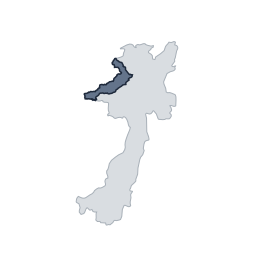 location of Xaignabouri within Laos, rotated 52°
{"feature_id": "LAO-3278", "entity_name": "Xaignabouri", "entity_type": "Province", "adm_level": 1, "iso_a3": "LAO", "parent_name": "Laos", "parent_adm1": "", "projection": "natural_earth1", "projection_center": [101.237, 18.696], "detail": "fine", "context": "in_parent", "style": "filled", "palette": "slate", "viewbox_px": 256, "rotation_deg": 52, "n_neighbors": 0, "source": "natural_earth", "source_scale": "10m", "svg_char_len": 7108}
<svg xmlns="http://www.w3.org/2000/svg" viewBox="0 0 256 256"><g transform="rotate(52 128 128)"><path d="M96.2,40.2L97.2,42.2L101.8,47.6L102.6,49.1L104.3,50.2L105.7,55.0L106.3,55.3L107.1,55.0L107.7,54.3L108.1,52.5L108.4,52.3L109.0,53.8L110.3,54.3L110.8,54.9L111.0,56.1L110.8,57.3L109.7,60.0L109.1,63.7L113.6,71.6L115.5,72.6L120.0,73.9L123.1,75.7L124.5,75.2L125.8,73.3L127.4,72.2L130.4,70.5L131.3,70.4L133.0,71.1L135.7,73.1L139.9,76.7L139.8,77.7L139.0,78.7L136.8,80.1L136.1,81.1L136.5,81.4L138.4,81.6L140.6,82.5L141.2,83.4L141.6,85.6L142.0,86.0L144.0,85.8L144.6,86.1L145.4,86.8L146.1,88.6L146.1,90.0L144.1,92.4L143.9,93.8L142.8,95.5L140.1,98.4L139.4,98.6L134.3,97.0L130.2,97.2L129.9,97.8L130.6,99.5L130.8,101.2L130.1,102.6L127.8,104.2L127.7,105.0L128.2,105.8L131.6,107.3L142.5,115.5L147.4,117.1L149.6,118.2L150.2,118.8L150.1,119.5L149.6,120.4L149.1,122.0L149.1,123.0L149.6,123.9L150.5,125.3L153.5,128.5L155.8,129.2L158.1,132.8L158.8,135.9L160.0,138.0L165.7,144.8L170.4,148.9L173.2,153.4L174.6,154.5L175.0,156.1L175.4,160.8L177.1,163.2L177.4,164.2L178.1,164.9L178.9,165.0L180.6,163.5L180.9,163.7L181.7,166.2L182.3,167.1L184.8,168.6L187.5,171.7L188.9,172.8L190.7,173.6L191.0,174.6L190.7,175.6L190.1,176.2L187.1,177.9L186.6,178.7L188.7,182.6L193.8,187.3L195.5,190.2L195.1,191.6L193.7,194.4L192.7,195.1L192.4,196.0L193.2,198.3L193.2,201.8L192.2,202.6L191.3,204.7L190.7,204.9L189.1,204.1L185.8,207.8L184.4,207.6L182.8,209.7L180.7,210.0L179.2,208.4L176.0,206.0L174.9,204.4L173.9,205.8L172.3,207.0L170.0,206.6L169.4,208.4L168.9,208.8L166.1,209.1L165.6,209.4L166.0,211.1L167.7,213.9L168.2,215.5L167.2,218.2L164.3,218.2L163.0,217.1L161.3,214.8L157.6,213.3L155.1,214.3L154.3,214.3L152.4,212.4L151.7,211.1L151.3,209.3L154.1,207.8L155.6,206.7L156.5,205.4L156.9,204.2L157.3,198.9L157.7,197.0L157.5,194.7L156.7,192.9L156.7,190.2L157.1,188.0L158.2,186.9L158.9,185.3L159.4,181.8L159.0,180.8L157.9,180.0L156.1,179.2L155.0,178.1L154.5,176.9L154.6,175.8L155.1,174.8L153.8,173.7L150.5,172.6L148.7,171.2L148.3,169.5L146.9,167.4L144.6,164.7L143.3,160.9L143.2,155.9L143.4,151.9L144.4,147.2L143.0,143.8L141.5,142.0L139.4,140.7L137.4,138.8L135.6,136.3L133.3,132.7L130.6,127.9L128.9,125.7L127.9,126.2L126.0,125.8L123.1,124.4L120.6,123.7L118.5,123.5L117.1,123.9L116.4,124.6L116.4,125.3L116.9,126.0L116.6,126.6L115.5,127.0L114.6,127.8L113.6,129.5L112.8,131.9L111.8,132.7L110.1,132.9L108.5,133.6L106.9,134.7L106.1,135.6L106.2,136.2L105.9,136.3L105.1,136.0L104.7,135.2L104.8,134.0L104.0,133.2L102.3,132.8L100.4,131.5L96.7,128.2L95.9,128.0L94.7,128.9L93.2,130.7L91.9,131.5L90.9,131.1L90.1,131.8L89.5,133.5L88.5,134.8L83.6,138.4L79.2,143.0L78.1,143.4L75.5,142.1L74.6,141.2L78.3,131.8L78.8,129.5L78.7,126.4L77.2,123.9L77.1,123.2L77.3,122.4L79.2,119.4L81.4,111.9L81.2,109.5L80.3,107.0L79.8,104.5L80.2,101.2L80.0,99.9L79.0,99.2L75.7,98.5L73.7,99.1L72.8,100.0L71.7,100.6L69.6,100.9L67.6,99.8L65.9,97.8L65.5,95.5L67.6,90.4L68.1,88.5L68.1,87.6L67.7,86.6L67.2,86.5L66.2,85.3L65.1,83.2L64.1,82.2L63.2,82.4L62.4,83.2L61.0,85.2L60.5,84.9L61.8,77.9L62.9,75.0L64.3,73.6L65.8,73.0L67.3,73.2L68.5,73.0L69.6,72.2L69.5,71.8L68.3,71.7L67.8,70.9L68.0,69.4L68.6,68.5L69.4,68.0L70.2,66.5L71.0,64.0L72.0,62.7L73.1,62.7L75.0,61.6L77.7,59.4L78.7,57.3L79.8,58.3L79.4,60.7L79.9,61.2L80.2,62.1L80.0,63.4L80.3,64.6L80.7,65.1L81.3,65.4L84.1,64.4L85.9,64.3L88.8,66.1L90.5,64.8L90.5,64.3L89.1,62.6L89.5,56.5L89.3,51.9L87.0,48.4L86.5,47.0L86.2,44.8L85.6,42.9L87.3,41.3L88.2,38.5L89.4,37.8L89.7,37.9L91.2,40.0L93.0,38.9L94.4,38.9L95.6,39.5L96.2,40.2Z" fill="#d9dde1" stroke="#a8b0b8" stroke-width="1"/><path d="M65.4,96.2L65.2,95.7L65.3,95.3L65.7,94.7L66.3,94.8L67.1,95.0L67.7,95.0L68.3,94.9L68.8,94.5L69.2,94.5L69.5,94.3L69.7,94.2L69.9,94.2L70.1,94.3L70.4,94.2L70.5,94.2L71.8,93.3L72.0,93.1L72.3,92.8L72.6,92.6L72.8,92.6L75.0,93.0L75.8,93.3L76.4,93.8L76.5,93.7L76.7,93.4L76.8,93.4L77.0,93.7L77.3,93.6L77.8,93.1L78.2,92.8L78.4,92.7L78.6,92.7L78.8,92.8L79.3,93.1L80.4,94.0L80.8,94.1L86.2,94.1L86.9,93.9L87.3,93.4L87.1,93.2L87.3,93.0L87.7,92.8L87.9,92.7L88.1,92.6L88.6,92.0L88.8,91.8L89.2,92.4L89.5,92.7L89.8,93.0L90.0,93.4L90.0,94.4L89.7,95.4L89.5,95.8L89.5,97.1L89.7,97.6L90.3,97.6L90.8,97.6L90.8,98.5L90.8,101.3L90.9,101.6L91.0,101.8L91.2,102.1L91.5,102.3L92.2,102.7L92.4,102.9L92.3,103.1L91.7,103.8L91.5,104.1L91.4,104.6L91.0,105.3L90.9,105.5L90.9,105.9L91.0,107.2L91.0,107.6L90.9,108.3L90.7,110.4L90.7,110.7L90.6,111.0L90.6,111.4L90.7,111.5L90.8,111.7L90.8,112.2L90.8,112.6L90.6,113.4L90.6,113.8L90.7,114.1L91.4,115.1L91.6,115.8L91.5,116.4L90.9,117.6L90.9,118.1L90.8,119.0L90.7,119.4L90.1,120.5L89.9,120.9L89.5,121.9L89.3,122.1L88.9,122.5L88.7,122.6L88.4,122.7L88.2,122.7L87.7,122.8L87.4,123.6L87.2,123.9L86.8,124.2L86.6,124.4L86.5,124.6L86.5,124.8L86.4,125.0L86.3,125.3L86.0,125.6L85.7,125.9L85.4,126.0L85.0,126.1L84.8,126.3L84.7,126.6L84.6,126.9L83.8,127.9L83.4,128.6L83.4,129.5L83.5,129.8L83.8,130.4L83.9,130.7L84.0,132.2L83.9,132.8L83.8,133.4L83.8,134.0L84.2,134.7L84.3,134.9L84.4,135.0L84.7,135.1L85.1,135.0L85.3,135.4L85.5,135.4L85.8,135.1L86.1,135.1L86.2,135.3L86.1,135.5L85.8,136.1L85.9,136.3L86.0,136.4L85.8,136.5L86.2,136.8L85.8,137.1L85.2,137.4L84.9,137.8L84.8,138.0L84.7,138.1L84.6,138.3L84.4,137.9L84.4,137.7L84.2,137.8L84.0,138.1L83.7,138.1L83.4,138.1L83.2,138.2L83.1,138.3L83.4,138.4L83.5,138.4L83.4,138.6L83.1,139.1L82.8,139.1L82.6,139.2L80.7,141.0L80.3,141.5L80.0,142.3L79.9,142.5L79.6,142.6L79.4,142.6L79.2,142.8L79.2,143.1L78.9,143.6L78.6,143.8L78.5,143.7L78.0,143.5L77.4,143.1L77.1,143.1L76.9,142.7L76.6,142.4L76.3,142.2L75.9,142.0L75.1,141.8L74.5,141.7L74.2,141.4L74.2,141.0L74.4,140.5L75.0,139.7L75.4,138.8L75.5,138.6L75.5,138.2L75.5,137.8L75.5,137.6L75.5,137.4L75.8,137.2L75.7,136.9L75.6,136.7L75.8,136.5L76.2,136.3L76.2,136.0L76.2,135.3L76.3,134.9L76.4,134.7L77.0,134.3L77.4,133.8L77.7,133.3L77.9,132.8L78.3,132.2L78.5,132.0L79.1,131.6L79.2,131.3L79.1,131.0L78.8,130.3L78.8,129.9L78.8,129.5L79.1,128.7L79.2,128.3L79.1,128.2L78.8,128.0L78.7,127.9L78.6,127.4L78.5,126.5L78.6,126.3L78.7,126.2L79.0,125.8L79.0,125.7L78.8,125.4L77.7,124.8L77.6,124.6L77.2,124.2L76.9,123.8L76.8,123.5L76.9,123.0L77.4,122.4L77.5,122.0L77.6,121.8L77.6,121.7L78.8,121.0L79.0,120.7L79.1,120.0L79.1,119.8L79.2,119.7L79.6,119.6L80.2,118.9L80.4,118.6L80.5,118.3L80.4,117.9L80.0,117.5L79.9,117.1L80.0,116.7L80.2,116.1L80.3,115.7L80.2,114.5L80.3,114.0L80.4,113.7L80.8,113.1L81.0,112.8L81.2,112.1L81.3,111.8L82.1,111.0L81.9,110.4L81.4,109.7L80.7,109.0L80.5,108.7L80.3,108.4L80.3,107.9L80.3,106.7L80.0,104.9L80.0,104.7L80.0,104.4L79.9,104.3L79.5,104.2L79.4,104.1L79.3,103.5L79.4,102.6L79.7,101.9L80.1,101.6L80.5,101.5L80.7,101.0L80.8,100.4L80.8,99.9L80.7,99.6L80.6,99.4L80.5,99.2L80.3,99.1L80.0,99.0L79.8,99.1L79.6,99.2L79.4,99.3L79.0,99.4L78.5,99.5L78.0,99.5L77.5,99.3L76.7,98.7L76.3,98.6L75.8,98.5L74.2,98.5L73.9,98.6L73.6,99.1L72.8,100.1L72.0,101.0L71.9,101.3L71.7,101.2L71.4,100.8L71.2,100.6L69.7,100.0L69.3,100.0L68.9,100.3L68.7,100.7L68.5,101.0L68.2,101.0L67.7,100.8L67.2,100.6L66.9,100.4L66.7,100.1L66.6,99.8L66.6,99.4L66.6,99.1L66.4,98.8L66.1,98.3L65.9,98.1L65.8,97.7L65.8,97.0L65.7,96.7L65.6,96.4L65.4,96.2Z" fill="#64748b" stroke="#1e293b" stroke-width="1.5"/></g></svg>